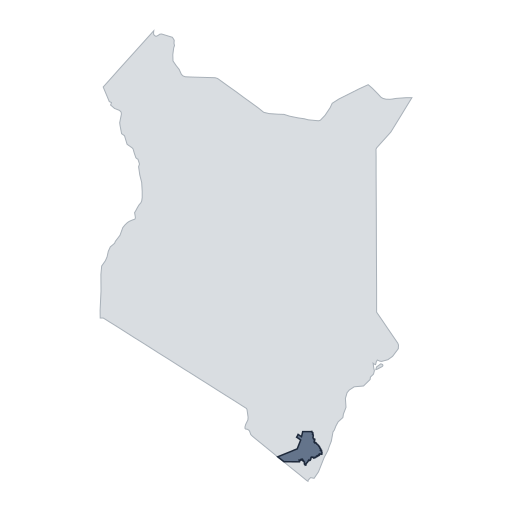 Kinango, Coast, Kenya shown in context
{"feature_id": "3690345B23512246754033", "entity_name": "Kinango", "entity_type": "district", "adm_level": 2, "iso_a3": "KEN", "parent_name": "Kenya", "parent_adm1": "Coast", "projection": "robinson", "projection_center": [39.255, -3.945], "detail": "fine", "context": "in_parent", "style": "filled", "palette": "slate", "viewbox_px": 512, "rotation_deg": 0, "n_neighbors": 0, "source": "geoboundaries", "source_scale": "gbopen_adm2", "svg_char_len": 6591}
<svg xmlns="http://www.w3.org/2000/svg" viewBox="0 0 512 512"><path d="M100.2,318.0L100.1,310.5L101.0,291.3L100.9,274.4L101.7,266.0L105.4,260.7L107.1,256.8L108.3,251.3L110.3,246.9L114.6,243.3L115.4,241.3L120.0,235.3L122.8,227.6L124.9,225.0L127.5,222.5L129.4,221.3L132.4,220.0L134.8,219.2L135.2,218.6L135.4,217.4L134.6,212.6L135.6,211.0L137.3,207.8L139.1,204.8L140.8,202.9L141.7,201.0L142.2,197.6L142.2,195.2L142.2,191.3L141.7,182.5L139.8,175.0L138.6,166.7L139.5,164.0L137.9,159.1L137.2,158.9L135.9,157.8L134.3,153.2L133.1,149.0L132.3,148.0L127.1,144.3L124.5,135.7L121.6,133.7L120.0,125.2L119.7,122.7L121.4,114.2L121.2,112.2L119.5,110.4L114.6,108.5L110.6,105.0L111.1,103.8L111.4,102.5L109.3,101.6L103.2,87.0L111.1,78.2L119.0,69.3L129.2,58.0L138.5,47.7L146.6,38.7L153.8,30.7L153.6,32.2L153.6,34.3L154.5,35.5L156.0,36.4L158.0,35.5L159.8,34.2L161.6,34.0L172.4,37.3L174.2,40.2L174.0,43.3L174.5,45.6L173.7,47.8L172.8,54.7L173.0,61.0L176.2,65.7L179.1,69.3L181.4,74.4L183.1,76.0L185.5,76.8L192.9,77.1L203.8,77.4L214.4,77.7L215.4,77.8L217.6,78.5L227.3,85.5L236.2,91.8L243.7,97.4L251.1,102.7L258.2,107.9L263.7,112.3L269.1,113.6L277.9,114.2L284.0,114.4L289.7,116.2L298.1,117.9L304.4,118.8L308.1,119.8L318.6,120.8L320.4,120.2L325.0,115.4L330.2,107.6L332.2,103.3L338.9,99.0L350.7,93.1L359.0,88.9L368.2,84.7L372.4,88.3L378.2,94.2L380.8,97.1L382.9,98.4L386.0,99.2L389.9,99.3L392.0,99.1L396.2,98.4L406.2,97.7L411.9,97.7L407.1,105.5L401.4,114.9L390.8,132.1L382.7,141.1L376.6,147.9L376.0,149.2L376.1,156.8L376.1,175.4L376.3,212.7L376.4,250.0L376.6,287.3L376.6,305.9L376.6,312.2L382.0,320.0L387.2,327.7L394.1,337.8L397.8,343.2L398.5,345.1L398.3,348.7L392.6,356.3L387.9,359.7L381.6,361.4L379.7,361.1L377.3,360.0L376.3,361.8L375.6,364.6L374.2,364.1L373.1,363.2L373.8,368.3L374.4,370.7L373.5,374.1L370.4,377.1L370.1,379.5L363.5,386.0L354.2,386.8L349.3,390.0L347.1,392.6L345.4,398.4L346.0,407.3L343.4,414.1L342.9,417.5L338.1,421.9L335.9,426.0L334.3,430.1L333.0,431.9L331.3,441.2L329.1,446.8L328.5,448.7L327.9,450.4L326.2,453.7L325.0,455.9L324.2,457.4L318.5,471.8L314.1,478.3L310.6,477.6L308.2,480.1L308.0,481.3L306.8,480.6L303.9,478.2L297.9,473.3L291.9,468.5L285.9,463.6L279.9,458.7L273.9,453.8L267.9,448.9L261.9,444.0L255.9,439.1L252.4,436.2L250.8,434.6L249.6,431.2L249.0,430.3L247.4,429.3L245.5,429.0L245.0,428.4L245.0,426.8L245.7,424.4L247.9,419.9L248.1,417.3L247.7,414.3L247.0,409.5L246.4,408.4L242.4,405.9L234.1,400.6L225.8,395.4L217.4,390.1L209.1,384.8L200.8,379.6L192.5,374.3L184.1,369.1L175.8,363.8L167.5,358.5L159.1,353.3L150.8,348.0L142.5,342.7L134.1,337.5L125.8,332.2L117.5,326.9L109.1,321.7L106.0,319.7L103.2,318.0L100.2,318.0ZM377.2,369.2L375.8,369.6L376.5,367.0L380.8,363.8L382.6,364.5L382.9,365.3L382.8,365.9L382.1,366.6L377.2,369.2Z" fill="#d9dde1" stroke="#a8b0b8" stroke-width="1"/><path d="M321.6,450.3L321.5,450.2L321.4,450.1L321.0,449.9L320.8,450.0L320.7,450.2L320.6,450.3L320.4,450.2L320.5,450.0L320.6,449.8L320.7,449.7L320.7,449.4L320.7,449.2L320.7,448.8L320.6,448.7L320.4,448.8L320.2,448.6L320.0,448.3L319.9,448.2L320.0,447.9L319.9,447.6L319.7,447.5L319.7,447.3L319.6,447.2L319.6,446.9L319.4,446.8L319.1,446.4L318.9,446.4L318.8,446.0L318.8,445.9L318.8,445.7L318.7,445.6L318.3,445.4L318.0,445.0L317.9,444.9L317.7,444.5L317.6,444.4L317.3,444.2L316.9,444.2L316.3,443.4L316.3,443.2L316.1,443.2L315.8,442.9L315.7,442.7L315.3,442.9L315.2,442.8L315.1,442.7L315.0,442.8L314.9,442.9L314.8,442.7L314.7,442.6L314.3,442.2L314.1,442.1L314.2,441.8L314.2,441.7L314.3,441.3L314.3,441.2L314.5,441.1L314.5,440.8L314.5,440.7L314.3,440.7L314.4,440.4L314.6,440.4L314.6,440.2L314.8,439.7L314.7,439.6L314.6,439.4L314.6,439.1L314.2,439.1L313.9,439.1L313.8,438.9L313.5,438.9L313.3,438.6L313.3,438.4L313.3,438.2L313.2,438.1L313.1,437.9L313.1,437.7L312.9,437.4L312.9,437.2L313.0,437.0L313.1,436.9L313.2,436.5L313.1,436.2L313.2,435.6L313.3,435.3L313.2,435.1L313.1,434.9L313.1,434.7L312.9,434.6L312.7,434.5L312.8,434.4L312.8,434.0L312.9,433.9L312.8,433.4L312.9,433.1L312.9,432.9L312.8,432.7L312.7,432.7L312.4,432.5L312.2,432.5L312.2,432.3L312.0,432.2L311.9,432.0L311.8,431.9L311.8,431.7L311.8,431.4L311.7,431.4L311.5,431.5L311.3,431.5L311.2,431.5L310.9,431.6L302.7,431.6L302.1,434.3L301.5,436.7L298.1,434.4L297.3,436.1L296.6,437.2L298.3,438.3L300.7,440.0L297.2,448.9L294.1,450.1L292.3,450.9L277.7,456.8L284.0,461.7L299.4,461.8L299.4,461.5L299.1,460.0L299.3,460.0L299.5,460.2L299.5,460.4L299.7,460.5L299.8,460.5L300.0,460.5L300.3,460.6L300.5,460.4L300.6,460.1L300.8,460.1L300.9,459.8L300.9,459.7L301.0,459.7L300.9,459.4L301.0,459.3L301.1,459.2L301.3,459.2L301.5,459.3L301.5,459.6L301.5,459.8L301.7,460.0L301.8,460.0L302.0,459.5L302.3,459.7L302.2,459.3L302.2,459.2L302.3,459.1L302.5,459.2L302.6,459.3L302.7,459.6L302.8,459.9L302.6,459.9L302.5,460.0L302.6,460.3L302.4,460.5L302.5,460.6L303.0,460.8L303.1,461.0L303.3,461.0L303.4,460.8L303.4,460.7L303.5,460.7L303.6,460.8L303.6,461.0L303.8,461.5L304.0,461.6L304.1,461.8L304.4,462.0L304.3,462.4L304.4,462.5L304.4,463.2L304.5,463.3L304.4,463.6L304.3,463.8L304.5,464.2L304.6,464.4L304.6,464.5L304.8,464.7L305.1,464.8L305.1,464.7L305.4,464.7L305.5,464.9L305.5,465.0L305.7,464.9L305.7,465.0L305.9,465.0L305.9,464.9L305.9,464.7L306.0,464.5L306.0,464.4L305.9,464.3L305.9,464.2L305.9,463.9L306.0,463.8L306.2,463.6L306.4,463.4L306.5,463.3L306.7,463.1L306.8,462.9L307.0,462.6L307.5,462.2L307.7,461.8L308.1,461.2L308.3,460.6L308.5,460.3L308.6,460.2L308.6,460.3L308.7,460.5L308.8,460.6L309.0,460.7L309.7,460.4L309.9,460.3L310.2,460.3L310.3,460.1L310.6,459.5L310.9,458.9L310.9,458.7L310.9,458.4L310.8,458.2L310.9,457.9L311.0,457.6L311.0,457.4L311.3,457.3L311.5,457.3L311.5,457.2L311.8,457.1L311.8,457.3L312.0,457.4L312.3,457.3L312.3,457.2L312.5,457.3L312.9,457.5L313.0,457.5L313.1,457.4L313.3,457.4L313.4,457.5L313.5,457.7L313.8,457.4L313.9,457.2L314.0,457.2L314.1,457.4L314.1,457.5L313.8,457.9L313.9,458.0L314.0,458.1L314.2,457.9L314.4,457.7L314.5,457.5L315.0,457.7L315.3,457.5L315.6,457.5L315.7,457.3L315.9,457.2L316.1,457.0L316.1,456.8L316.4,456.7L316.3,456.4L316.4,456.2L316.6,456.3L316.6,456.5L316.8,456.6L316.9,456.3L316.9,456.1L317.0,456.0L317.1,455.9L317.3,455.9L317.5,455.7L317.8,456.1L318.0,456.0L318.1,455.8L318.5,455.7L318.7,455.4L318.7,455.2L318.8,455.2L318.9,455.3L319.0,455.3L319.0,455.2L319.2,455.3L319.4,455.0L319.5,454.9L319.7,454.7L319.4,454.5L319.2,454.6L319.1,454.2L319.5,453.9L319.8,453.9L320.0,453.9L320.2,454.0L320.4,454.0L321.0,454.0L321.6,454.3L321.9,454.2L321.9,452.5L322.0,452.4L322.0,452.2L321.9,452.0L321.7,451.8L321.4,451.6L321.3,451.3L321.4,451.2L321.5,451.1L321.5,450.9L321.5,450.6L321.6,450.3Z" fill="#64748b" stroke="#1e293b" stroke-width="1.5"/></svg>